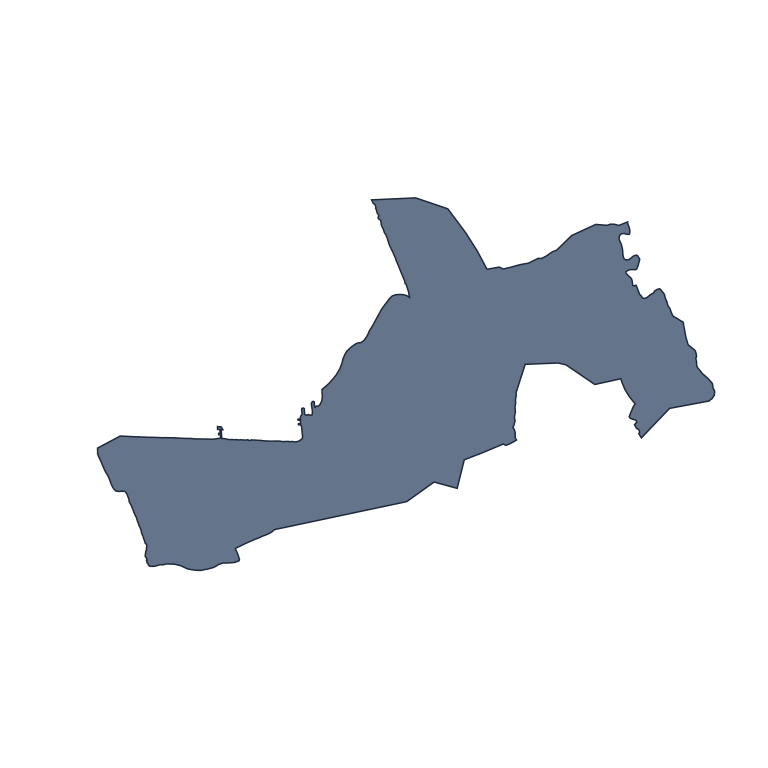 Cul De Sac, Castries, Saint Lucia (Robinson projection), rotated 332°
{"feature_id": "8701671B53480283308673", "entity_name": "Cul De Sac", "entity_type": "district", "adm_level": 2, "iso_a3": "LCA", "parent_name": "Saint Lucia", "parent_adm1": "Castries", "projection": "robinson", "projection_center": [-61.007, 13.982], "detail": "fine", "context": "isolated", "style": "filled", "palette": "slate", "viewbox_px": 768, "rotation_deg": 332, "n_neighbors": 0, "source": "geoboundaries", "source_scale": "gbopen_adm2", "svg_char_len": 6126}
<svg xmlns="http://www.w3.org/2000/svg" viewBox="0 0 768 768"><g transform="rotate(332 384 384)"><path d="M459.5,215.6L459.3,219.1L460.2,221.4L459.9,224.0L459.0,225.0L459.2,226.3L458.9,226.9L458.5,228.9L458.2,229.8L458.5,231.1L458.4,233.2L457.8,233.4L456.8,234.4L456.7,235.2L456.8,235.8L457.3,236.6L457.7,237.5L457.8,238.0L457.7,238.7L456.3,242.3L456.2,243.6L456.1,244.7L455.9,248.2L455.4,250.4L455.4,251.2L455.7,252.8L455.4,256.3L454.1,263.0L453.9,265.3L453.6,273.6L453.3,277.1L452.7,281.0L452.2,287.4L451.6,292.3L450.8,300.9L450.6,302.7L449.8,305.4L450.4,306.2L448.9,314.2L447.2,319.5L445.6,316.7L442.8,314.0L439.9,312.3L436.0,310.6L432.6,310.1L428.8,311.2L426.0,312.6L421.3,314.7L416.4,317.2L400.4,327.7L396.3,330.0L392.4,333.1L389.4,334.9L386.4,336.2L383.1,336.6L380.0,335.4L377.3,335.3L372.7,335.9L366.8,337.5L363.5,339.4L359.4,342.7L356.7,345.9L351.9,350.0L346.1,353.5L340.9,355.7L335.8,357.6L332.1,358.6L326.8,359.7L325.1,362.7L324.4,364.7L322.0,368.6L320.6,370.1L318.1,371.9L317.1,372.4L315.7,372.6L313.6,371.8L313.1,371.6L312.4,371.9L311.8,372.8L312.2,371.3L313.0,369.0L314.0,367.2L314.0,366.8L313.5,366.2L312.7,365.9L311.5,366.4L310.9,366.8L310.1,368.4L309.6,369.9L308.1,374.1L307.5,375.3L306.9,376.4L305.7,377.6L305.2,377.5L304.5,376.8L303.3,376.3L303.1,375.5L302.0,375.4L301.4,375.5L300.8,375.1L300.6,374.7L299.7,373.6L302.1,368.3L301.6,367.5L300.9,367.1L300.3,367.0L299.7,367.3L299.1,368.2L297.9,371.3L297.4,372.2L296.9,372.6L295.7,373.1L294.8,373.8L293.7,375.4L293.7,375.7L291.8,374.6L291.4,374.7L291.1,375.2L291.3,375.6L293.1,376.9L291.7,379.7L290.0,379.0L289.7,379.0L289.4,379.4L289.4,379.7L289.5,380.0L291.2,381.0L291.2,383.0L290.8,384.2L288.7,388.9L287.5,392.2L286.7,393.2L286.7,393.3L285.7,393.9L285.4,394.1L282.8,394.3L282.1,394.5L279.8,393.9L278.9,393.7L277.9,393.1L276.0,391.7L273.0,390.3L272.3,389.5L270.8,389.0L269.4,388.1L268.1,387.7L264.7,385.2L257.2,381.3L251.9,378.2L249.2,376.3L240.7,371.1L239.8,371.1L238.5,370.6L237.9,369.9L237.7,369.4L237.1,369.0L236.0,368.9L232.0,366.4L230.8,365.7L230.0,365.5L226.9,363.4L226.2,363.3L224.1,361.9L220.4,359.9L218.4,358.0L215.2,355.9L218.9,347.8L220.3,348.7L220.2,345.5L217.0,343.4L215.7,346.0L217.7,347.1L216.2,350.5L214.9,349.9L214.2,351.1L215.2,351.9L215.4,352.5L214.4,355.1L207.4,352.6L193.5,344.9L191.5,343.8L187.3,341.0L185.1,339.9L180.5,337.3L174.0,333.3L166.3,329.0L163.3,327.5L156.0,323.2L149.7,319.7L148.7,319.2L147.2,318.1L144.9,317.0L143.2,315.7L141.3,314.9L131.1,308.7L128.1,307.0L126.7,306.1L101.0,306.1L100.0,308.0L99.2,309.8L98.5,310.9L98.0,313.9L97.6,320.9L96.9,328.8L96.9,332.2L97.1,334.1L97.1,337.2L96.1,344.7L96.0,347.1L96.1,349.5L97.0,352.6L99.9,354.7L102.0,355.5L103.8,356.5L104.5,357.0L105.0,357.7L105.2,359.1L105.3,360.9L104.9,364.0L104.8,365.2L104.2,367.4L103.8,368.2L103.7,369.2L103.8,372.5L103.4,376.1L103.4,377.1L103.3,378.0L103.1,378.6L102.9,380.2L102.7,382.9L102.6,384.1L102.8,384.7L102.8,385.0L102.6,385.4L102.6,386.0L101.8,389.9L101.7,391.1L101.5,392.8L101.2,393.7L101.2,396.2L101.0,398.4L100.7,399.6L100.0,401.8L99.8,403.3L99.8,405.4L99.3,407.0L98.9,410.5L98.4,412.5L98.8,413.6L98.9,414.4L98.8,415.0L98.3,416.1L96.8,418.1L96.6,418.8L96.4,419.2L95.6,419.4L95.2,419.8L92.6,423.4L92.2,424.4L92.6,426.3L92.3,427.7L92.0,428.0L91.8,427.9L91.3,428.4L91.4,429.5L90.8,430.4L91.2,431.6L91.0,432.8L91.2,434.1L91.7,435.0L92.5,435.6L94.0,436.0L94.1,436.4L96.0,437.3L98.2,437.8L101.2,438.4L104.3,440.0L107.4,440.7L114.4,444.7L119.4,449.2L123.4,454.6L124.7,455.9L130.3,460.1L134.7,462.6L142.0,464.7L146.9,465.9L149.7,466.0L152.9,465.7L158.0,466.5L162.0,468.7L168.2,471.4L172.8,472.1L174.0,471.1L174.7,467.6L175.3,462.6L175.3,459.9L176.5,459.4L187.0,459.8L196.2,460.5L202.2,461.2L204.8,461.2L208.7,461.8L213.0,462.1L216.6,461.8L218.8,461.1L348.8,498.5L382.2,494.1L399.6,510.5L419.3,488.6L438.6,490.9L461.2,493.0L462.8,495.4L465.3,495.7L471.6,495.9L474.7,495.7L474.8,495.5L474.6,495.0L474.7,493.0L477.1,488.3L477.4,486.6L477.7,485.5L477.5,482.8L479.6,481.3L480.5,480.1L482.6,478.0L482.7,477.0L483.0,476.0L484.2,473.6L486.5,470.8L487.2,469.9L488.2,467.3L488.5,466.3L491.6,462.2L492.2,460.4L494.4,457.3L495.2,456.8L495.9,454.9L497.0,453.2L517.9,432.9L547.4,447.1L553.6,452.4L569.9,483.4L595.5,490.5L594.9,494.5L594.1,502.0L594.6,510.0L596.4,519.4L593.4,521.1L587.4,526.0L585.1,528.0L585.4,530.0L589.4,534.3L589.4,536.3L586.1,537.5L586.1,541.8L587.6,543.8L587.1,546.6L585.6,547.5L586.0,552.4L624.7,539.6L663.2,551.7L665.1,551.0L666.7,551.0L670.4,549.0L672.6,545.6L672.7,542.1L674.2,537.7L672.9,532.2L671.3,527.5L669.9,524.2L669.7,522.3L668.5,516.5L668.9,514.2L670.3,511.4L670.8,509.9L671.4,507.6L672.9,506.5L673.6,504.6L674.2,502.3L674.4,500.7L673.9,499.1L671.7,493.9L671.0,492.6L671.1,491.3L672.5,484.6L673.6,481.0L674.8,477.4L676.2,472.6L677.2,470.2L677.0,469.2L675.9,467.9L673.3,463.3L671.1,459.9L671.1,457.7L671.5,454.1L671.9,452.0L671.5,447.8L672.4,444.1L672.7,440.1L673.5,437.4L673.6,435.6L672.2,429.3L669.5,428.7L666.4,429.0L664.8,430.2L661.3,430.2L656.3,431.2L654.0,430.5L652.7,429.7L652.5,427.0L651.8,424.7L652.8,417.3L652.9,415.2L652.4,414.8L651.2,415.0L649.9,413.8L651.7,408.9L651.9,407.5L651.7,406.0L650.5,402.8L650.1,401.3L649.8,399.5L650.0,398.8L650.7,398.4L651.4,398.3L653.9,398.3L654.6,398.5L656.4,399.2L659.7,401.1L660.5,401.2L661.1,401.1L662.7,399.8L664.0,398.6L668.1,394.3L668.4,393.8L668.4,393.0L668.2,391.3L668.2,390.1L668.0,389.6L667.7,389.1L667.3,388.8L666.8,388.5L665.2,388.2L663.6,388.2L661.2,388.8L658.9,389.1L657.5,388.8L656.0,388.0L655.3,387.3L654.8,386.2L654.9,384.8L655.6,382.1L657.7,377.4L658.4,375.0L659.2,371.6L659.3,369.8L659.3,368.6L659.5,367.0L660.1,365.5L660.7,364.7L661.4,363.8L662.5,363.2L663.1,362.9L664.3,363.0L666.7,363.7L668.0,365.3L670.2,366.8L670.8,366.9L671.3,366.7L672.2,365.6L673.0,364.1L673.6,362.5L674.1,360.3L674.3,358.0L674.6,356.7L674.8,355.9L675.2,355.3L665.7,354.2L662.3,351.0L659.0,349.2L655.4,348.6L645.9,342.5L619.4,341.0L599.3,346.9L594.7,346.3L587.5,347.2L582.3,347.2L579.0,345.4L568.2,345.1L560.2,342.5L549.4,340.1L543.2,338.4L540.7,334.9L528.9,331.1L528.8,328.4L528.8,310.7L527.2,289.4L522.6,259.3L499.3,234.5L459.5,215.6Z" fill="#64748b" stroke="#1e293b" stroke-width="1.5"/></g></svg>